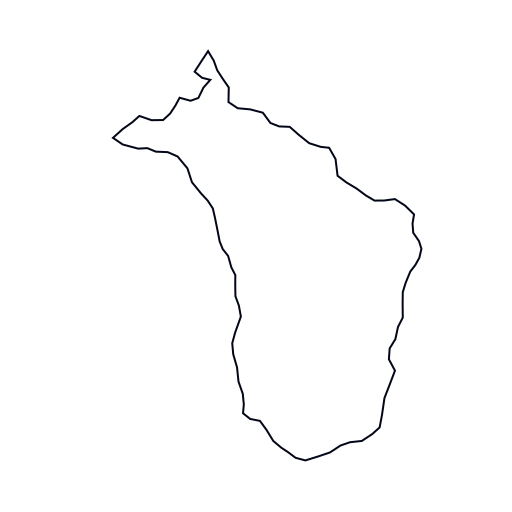 the district of São Sebastião do Anta, Minas Gerais, Brazil, rotated 200°
{"feature_id": "56859067B14262855258372", "entity_name": "São Sebastião do Anta", "entity_type": "district", "adm_level": 2, "iso_a3": "BRA", "parent_name": "Brazil", "parent_adm1": "Minas Gerais", "projection": "mercator", "projection_center": [-41.947, -19.506], "detail": "fine", "context": "isolated", "style": "outline", "palette": "ink", "viewbox_px": 512, "rotation_deg": 200, "n_neighbors": 0, "source": "geoboundaries", "source_scale": "gbopen_adm2", "svg_char_len": 1430}
<svg xmlns="http://www.w3.org/2000/svg" viewBox="0 0 512 512"><g transform="rotate(200 256 256)"><path d="M371.1,432.1L374.1,419.6L376.7,408.2L367.6,405.0L359.2,405.9L363.0,396.2L364.2,384.8L370.6,379.5L381.9,378.6L383.2,369.8L385.4,360.5L389.8,352.0L400.6,347.9L413.5,347.7L417.9,339.5L424.6,329.8L430.8,318.1L419.4,315.2L403.4,316.6L395.0,320.2L385.8,319.8L374.5,323.4L363.7,322.7L350.4,314.9L341.4,303.4L329.2,296.1L320.3,291.5L312.8,285.9L307.2,277.2L300.8,266.7L295.1,257.2L289.6,251.1L282.2,246.5L275.3,236.9L268.9,231.0L265.5,221.4L261.6,211.2L255.1,203.5L249.5,193.9L249.4,176.9L248.5,165.9L243.8,155.9L235.7,144.8L229.5,132.0L221.3,122.0L216.7,112.4L214.4,103.8L205.8,100.9L195.9,102.4L186.8,96.3L176.5,88.1L166.6,84.5L158.7,82.6L149.8,79.9L139.7,80.8L128.9,89.0L119.2,96.8L111.8,106.8L103.9,113.2L93.3,118.4L85.9,128.4L81.2,137.2L83.2,149.5L86.7,166.4L86.4,181.6L86.2,195.8L95.8,204.4L98.8,214.9L96.6,225.5L98.3,237.9L97.0,248.3L101.9,261.3L105.7,272.2L106.2,281.8L105.7,294.2L103.2,302.0L101.9,310.2L103.0,319.3L107.9,325.7L116.2,331.6L120.0,340.0L121.7,349.1L133.0,354.3L144.9,357.0L154.5,352.0L163.6,348.6L173.5,350.5L184.6,353.8L196.4,356.1L206.8,359.3L214.4,374.3L224.3,382.7L232.5,380.7L244.6,380.2L257.3,384.5L268.5,388.9L278.5,385.7L287.9,385.9L298.6,393.0L311.6,391.8L323.7,388.6L334.5,391.2L339.2,405.0L348.2,411.4L356.0,417.3L362.5,425.1L371.1,432.1Z" fill="none" stroke="#020617" stroke-width="2"/></g></svg>